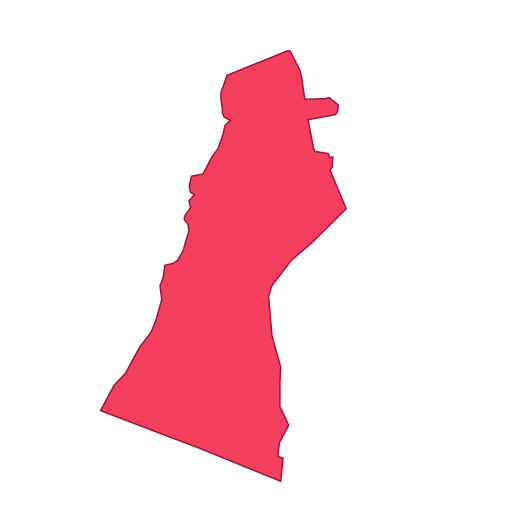 Aj Jabalain, White Nile, Sudan (Albers equal-area conic projection), rotated 19°
{"feature_id": "16777658B9479825368273", "entity_name": "Aj Jabalain", "entity_type": "district", "adm_level": 2, "iso_a3": "SDN", "parent_name": "Sudan", "parent_adm1": "White Nile", "projection": "albers", "projection_center": [32.952, 12.739], "detail": "fine", "context": "isolated", "style": "filled", "palette": "rose", "viewbox_px": 512, "rotation_deg": 19, "n_neighbors": 0, "source": "geoboundaries", "source_scale": "gbopen_adm2", "svg_char_len": 1213}
<svg xmlns="http://www.w3.org/2000/svg" viewBox="0 0 512 512"><g transform="rotate(19 256 256)"><path d="M296.4,137.4L293.7,138.8L291.1,135.6L277.8,137.9L275.4,135.6L260.8,110.2L285.3,96.3L285.9,92.9L284.9,86.6L273.9,82.4L269.8,84.9L251.1,91.9L239.9,70.4L237.2,66.4L232.2,61.5L221.5,51.0L218.8,51.9L213.2,56.8L169.8,94.5L169.7,107.7L169.7,109.7L169.7,112.7L172.0,119.5L175.8,126.7L177.5,131.4L180.5,134.9L187.5,136.3L184.2,142.1L185.2,152.4L185.2,167.0L182.2,175.5L180.7,186.2L179.1,195.8L169.0,201.6L170.1,211.6L173.2,217.0L177.7,218.1L174.7,225.8L178.4,231.6L175.7,240.8L176.1,244.7L181.7,248.5L184.4,253.9L185.3,274.9L183.2,285.7L180.0,289.9L172.9,294.5L173.2,295.9L175.3,306.7L174.9,315.3L181.0,327.8L182.3,348.0L181.7,361.9L180.4,365.7L175.5,380.7L170.8,409.3L163.9,424.5L159.3,452.6L159.3,452.8L216.0,454.7L259.7,456.0L263.2,456.1L264.0,456.1L352.7,461.0L352.0,457.6L347.3,438.3L341.9,438.4L338.9,425.0L342.0,405.3L327.6,390.6L322.0,374.1L320.0,368.6L315.5,353.0L312.2,348.2L297.2,326.5L281.1,290.3L280.6,279.3L290.7,248.8L305.2,223.8L325.9,182.0L300.7,153.6L299.4,152.1L298.4,151.0L298.2,150.8L298.1,150.6L298.4,149.2L299.1,147.0L296.4,137.4Z" fill="#f43f5e" stroke="#9f1239" stroke-width="1.5"/></g></svg>